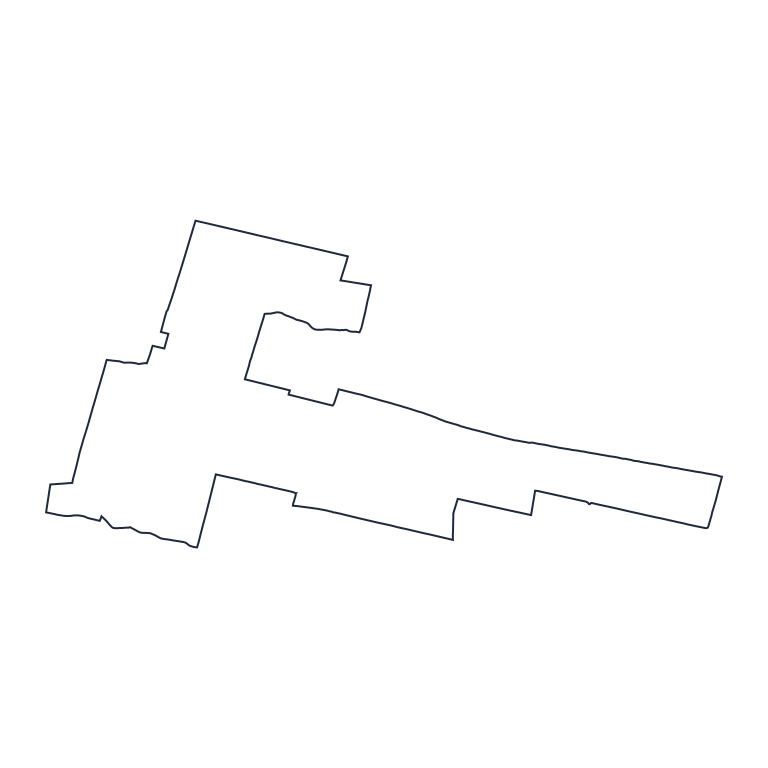 the district of Gradinile, Olt, Romania
{"feature_id": "2599482B70772159290730", "entity_name": "Gradinile", "entity_type": "district", "adm_level": 2, "iso_a3": "ROU", "parent_name": "Romania", "parent_adm1": "Olt", "projection": "robinson", "projection_center": [24.386, 43.959], "detail": "fine", "context": "isolated", "style": "outline", "palette": "slate", "viewbox_px": 768, "rotation_deg": 0, "n_neighbors": 0, "source": "geoboundaries", "source_scale": "gbopen_adm2", "svg_char_len": 6086}
<svg xmlns="http://www.w3.org/2000/svg" viewBox="0 0 768 768"><path d="M721.9,476.7L721.2,476.6L719.9,476.3L718.6,476.0L717.8,475.6L717.0,475.4L714.2,474.8L712.3,474.5L708.7,473.8L706.5,473.5L701.7,472.5L699.6,472.2L695.4,471.6L692.9,471.1L688.9,470.4L683.1,469.4L675.6,467.9L674.4,467.9L672.1,467.5L666.6,466.4L665.2,466.2L663.5,465.8L659.8,465.1L656.4,464.5L651.8,463.7L650.2,463.6L647.5,463.0L645.5,462.7L644.4,462.6L643.3,462.3L640.4,461.8L638.6,461.3L634.0,460.8L632.5,460.4L631.2,459.9L628.0,459.4L626.3,459.0L625.0,458.8L622.2,458.6L619.1,457.8L615.8,457.1L614.9,457.0L613.2,456.7L608.6,456.1L606.2,455.6L600.2,454.6L597.2,454.0L589.2,452.7L583.8,451.6L580.0,451.1L577.6,450.6L574.9,450.3L572.1,449.9L569.1,449.3L559.3,447.8L557.5,447.4L554.6,446.8L552.0,446.4L550.8,446.2L549.9,445.9L545.8,445.0L544.4,444.7L542.5,444.5L541.6,444.3L540.2,444.2L537.0,443.6L532.8,442.7L531.7,442.6L531.0,442.6L529.6,442.8L529.0,442.8L527.0,442.4L525.5,442.0L523.7,441.8L518.4,440.8L516.4,440.5L514.4,440.3L512.2,439.7L505.0,438.0L502.6,437.3L494.4,435.2L489.7,433.8L485.8,432.8L482.8,432.0L481.0,431.6L479.0,431.0L476.1,430.3L475.7,430.3L474.8,430.0L473.7,429.7L473.0,429.6L472.1,429.4L471.6,429.2L470.4,428.8L468.8,428.4L466.5,427.9L465.5,427.5L460.7,426.2L458.3,425.2L449.3,422.6L445.1,421.4L443.5,420.7L440.7,419.7L436.1,417.7L435.3,417.3L432.9,416.5L431.6,415.9L430.9,415.7L429.7,415.3L428.0,414.7L426.8,414.3L424.2,413.3L420.6,412.1L419.3,411.8L417.5,411.3L414.2,410.2L408.9,408.5L405.7,407.5L404.7,407.3L400.0,405.8L397.1,405.0L390.8,403.1L389.0,402.6L386.4,401.9L384.3,401.4L382.1,400.8L369.0,397.1L365.9,396.2L364.4,395.7L361.9,394.9L354.0,393.1L352.2,392.6L346.0,391.1L340.1,389.6L338.6,389.3L338.0,391.6L336.9,395.1L335.1,400.4L334.8,401.2L334.5,402.1L334.2,403.2L333.7,404.0L332.6,405.6L288.6,394.6L288.9,393.3L289.9,390.4L266.0,384.5L244.9,379.3L245.6,376.7L249.0,365.7L249.4,363.8L250.0,361.2L250.9,358.9L251.6,356.9L252.1,354.7L252.9,352.4L254.9,345.6L256.4,341.1L257.3,338.3L259.4,331.0L263.2,318.9L264.6,313.9L265.3,313.8L266.7,313.7L270.7,313.6L271.7,313.4L274.9,312.7L276.9,312.3L278.8,312.4L281.3,312.9L281.9,313.1L282.8,313.6L283.7,314.3L284.8,314.8L286.1,315.4L287.3,315.9L288.4,316.2L290.4,317.0L292.6,317.8L293.5,318.2L296.2,319.6L302.4,321.2L305.4,322.3L307.1,323.0L308.3,323.8L309.2,324.7L310.0,325.8L311.0,326.8L312.1,327.8L313.6,328.8L315.0,329.4L316.6,329.7L318.0,329.8L319.1,329.7L320.6,329.8L321.9,329.8L323.4,329.6L325.3,329.4L328.0,329.3L334.5,329.7L336.6,329.9L339.8,330.3L341.3,330.1L341.8,330.0L342.9,330.0L343.6,330.2L345.2,329.8L346.2,329.8L347.3,330.2L348.6,330.9L350.3,331.5L353.8,331.8L355.6,331.7L357.2,332.0L359.5,332.3L361.2,328.5L361.6,327.1L362.4,323.9L363.8,318.0L365.3,311.7L366.4,306.4L367.0,303.3L367.8,299.7L368.6,296.7L370.2,289.7L370.2,288.8L370.4,288.0L371.1,285.3L340.5,280.4L341.1,278.5L342.8,273.0L344.0,269.3L345.5,264.5L346.5,261.4L347.5,257.6L347.9,256.4L307.0,246.8L282.5,241.1L268.7,237.8L257.4,235.2L230.8,228.9L195.5,220.7L183.3,261.2L179.0,275.1L177.0,281.2L174.3,290.2L173.3,293.2L171.1,300.0L168.9,306.3L167.7,310.0L166.6,311.2L164.7,317.8L160.9,332.0L168.4,333.8L164.3,348.5L152.6,345.8L150.1,354.1L146.8,363.3L145.7,363.1L143.3,363.3L140.5,363.8L138.4,364.0L136.8,363.5L134.4,363.0L130.7,362.6L127.0,362.6L124.0,362.7L123.0,362.4L119.7,361.4L118.4,361.1L116.8,361.1L115.5,360.9L113.8,360.8L111.7,360.5L106.7,359.9L106.2,361.4L105.9,362.6L104.5,367.8L102.8,373.6L100.7,380.8L99.3,385.6L97.6,391.2L95.7,397.9L93.9,404.1L93.0,406.9L91.8,411.3L90.0,417.5L88.8,421.9L86.2,430.6L83.6,438.8L80.7,448.9L79.6,452.6L78.1,459.2L77.4,462.1L74.6,473.3L73.7,476.4L73.0,479.1L72.3,482.9L50.3,484.5L48.7,495.1L47.0,506.2L46.1,512.4L50.3,513.2L55.5,514.3L57.4,514.8L61.8,515.5L64.2,515.9L67.4,516.0L70.3,515.9L71.6,515.8L73.4,515.5L75.0,515.4L78.1,515.4L79.3,515.5L80.5,515.7L83.8,516.3L87.4,517.8L90.5,518.7L95.1,519.7L96.4,520.1L99.8,520.8L101.5,516.3L102.9,517.6L104.3,518.9L106.6,521.2L109.3,524.4L110.5,525.7L111.2,526.5L112.1,527.3L112.7,527.7L113.7,528.0L115.2,528.2L117.4,528.2L119.4,528.0L122.3,528.0L124.1,527.8L125.8,527.7L126.7,527.6L127.7,527.7L128.7,527.7L129.5,527.2L130.4,527.3L131.8,528.2L133.1,528.8L137.8,531.4L139.7,532.3L140.4,532.5L141.7,532.7L142.7,532.9L145.3,532.9L149.7,533.1L151.2,533.6L153.4,534.5L155.8,535.6L156.8,536.2L158.2,537.0L159.3,537.6L160.5,538.2L162.1,538.7L165.3,539.2L166.7,539.3L169.8,539.8L173.1,540.4L175.2,540.7L183.3,542.0L184.7,542.4L185.8,542.8L187.0,543.6L188.0,544.5L188.7,545.1L189.7,545.7L193.3,546.9L195.4,547.3L197.1,547.3L198.6,542.2L200.6,534.2L202.9,525.2L206.1,513.4L211.9,490.3L215.8,474.4L218.6,475.0L223.3,476.1L226.9,476.9L239.1,479.5L241.7,480.2L246.2,481.3L247.5,481.5L255.8,483.4L256.9,483.8L259.8,484.4L261.9,484.8L264.2,485.4L266.1,485.8L267.7,486.2L273.5,487.5L274.5,487.9L275.2,488.1L276.3,488.2L280.4,489.2L282.9,489.7L290.3,491.4L293.4,492.2L294.6,492.8L295.5,493.2L296.2,493.2L295.7,494.0L295.7,495.0L295.3,496.7L294.7,498.6L294.0,501.3L293.3,503.1L292.9,505.7L298.1,506.2L308.8,507.6L313.2,508.2L317.5,508.8L321.4,509.5L327.1,510.6L329.0,511.2L331.8,511.7L332.2,512.0L332.9,512.3L334.3,512.4L340.4,513.7L342.2,514.2L359.2,518.3L377.2,522.5L389.8,525.2L398.4,527.4L407.3,529.3L412.7,530.6L424.3,533.3L429.5,534.4L452.9,539.9L452.8,534.5L453.0,532.4L453.2,521.0L453.3,518.4L453.3,515.2L453.4,513.2L457.7,498.9L460.6,499.4L463.7,500.2L477.8,503.3L495.4,507.3L508.9,510.3L520.6,512.8L531.1,515.1L532.5,506.7L533.0,503.3L533.8,499.0L535.1,490.7L538.1,491.0L541.4,491.8L560.4,496.0L577.5,499.8L586.3,501.7L587.2,502.3L588.0,502.8L588.4,503.4L588.9,504.0L589.8,504.2L590.3,503.7L591.1,502.9L591.8,503.0L596.5,504.1L600.9,505.1L614.0,507.9L620.6,509.4L630.0,511.6L634.7,512.6L646.6,515.3L652.1,516.5L657.1,517.6L661.7,518.5L667.4,519.8L672.7,521.0L684.5,523.6L686.6,524.2L696.5,526.3L705.9,528.2L706.9,528.0L707.8,527.6L708.3,526.6L708.9,524.3L709.3,523.0L710.2,520.1L710.4,519.2L711.3,516.2L712.3,511.9L712.6,510.9L713.6,507.8L714.0,506.2L714.6,504.4L715.0,502.9L715.6,501.0L717.3,494.4L718.5,489.6L721.0,480.4L721.9,476.7Z" fill="none" stroke="#1e293b" stroke-width="2"/></svg>